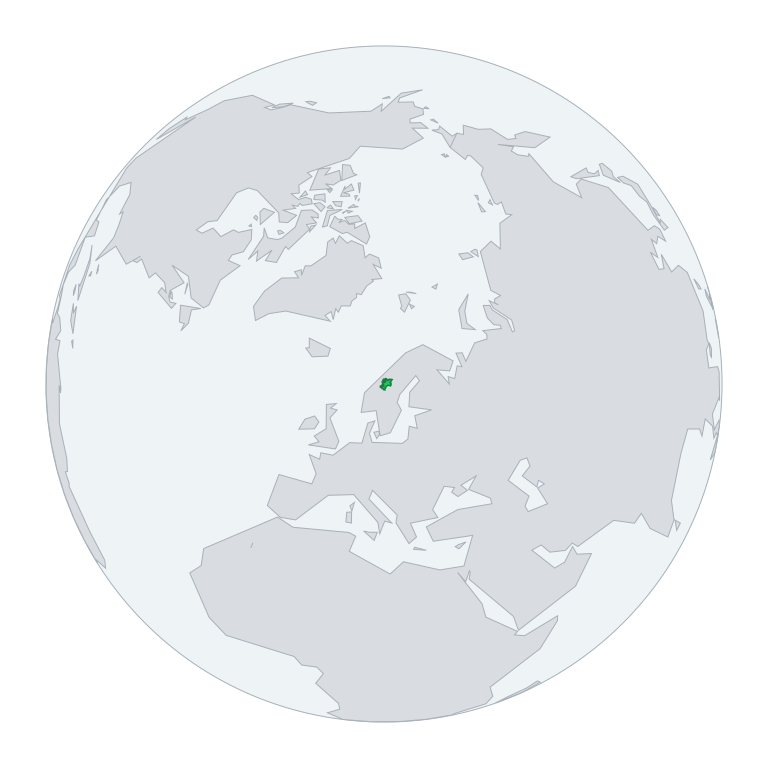 Nord-Trøndelag highlighted on a globe, orthographic projection, rotated 10°
{"feature_id": "NOR-925", "entity_name": "Nord-Trøndelag", "entity_type": "County", "adm_level": 1, "iso_a3": "NOR", "parent_name": "Norway", "parent_adm1": "", "projection": "orthographic", "projection_center": [11.396, 64.165], "detail": "fine", "context": "on_globe", "style": "filled", "palette": "green", "viewbox_px": 768, "rotation_deg": 10, "n_neighbors": 0, "source": "natural_earth", "source_scale": "10m", "svg_char_len": 14528}
<svg xmlns="http://www.w3.org/2000/svg" viewBox="0 0 768 768"><g transform="rotate(10 384 384)"><circle cx="384" cy="384" r="338" fill="#eef3f6" stroke="#a8b0b8"/><path d="M46.2,376.8L47.0,381.9L49.6,364.9L50.2,356.1L49.0,353.5L53.7,321.8L59.1,304.4L93.0,216.2L100.7,204.5L107.4,197.8L152.2,153.8L117.3,182.7L128.3,169.6L143.4,155.5L142.6,158.2L162.9,144.3L177.4,132.8L204.3,122.5L227.7,128.2L218.5,132.3L225.2,133.7L237.2,128.7L243.5,125.2L282.9,126.6L323.8,117.6L333.7,108.4L333.9,115.9L350.6,94.5L370.9,87.6L349.8,99.5L349.0,104.1L363.7,101.1L366.1,105.2L374.5,106.3L376.1,111.6L363.6,118.7L364.4,122.4L374.7,120.2L382.8,124.5L367.5,127.1L380.0,135.0L361.5,149.4L319.3,153.9L310.7,167.9L271.8,189.1L277.0,192.2L265.6,202.9L267.4,210.6L259.6,212.8L267.7,217.2L274.5,213.8L280.3,214.6L282.0,219.0L272.4,222.4L270.1,220.7L268.2,224.0L262.7,223.9L266.4,226.4L254.6,230.3L268.6,233.1L261.2,241.8L252.7,242.6L250.6,233.8L225.7,215.5L216.5,214.4L205.6,221.3L191.3,252.0L182.3,254.8L172.4,264.9L178.6,267.1L188.6,260.1L197.8,267.2L209.0,258.3L214.3,260.0L227.0,254.8L228.2,265.1L222.5,278.2L212.0,283.2L209.2,289.3L221.7,292.5L204.7,310.2L197.8,336.6L193.0,340.4L179.1,332.7L172.7,311.9L154.7,303.8L169.5,319.0L157.3,329.0L156.7,335.0L159.1,340.5L165.0,340.7L161.5,346.4L145.6,333.0L148.5,327.6L153.5,331.8L150.4,322.3L139.6,314.2L134.3,320.3L123.6,302.9L119.7,307.3L115.2,306.2L122.1,300.3L109.4,310.8L96.0,294.8L78.4,312.8L92.3,287.1L95.2,273.9L97.2,259.9L94.1,262.5L100.8,241.6L99.9,229.4L89.2,235.0L78.6,250.9L72.2,272.6L75.1,273.8L73.1,288.4L64.3,291.3L59.2,320.6L53.8,328.6L50.9,342.1L50.9,354.3L50.1,371.2L53.1,374.9L56.4,387.7L52.7,396.9L57.4,397.7L57.3,411.1L66.0,442.6L64.4,442.2L71.2,479.3L84.5,512.3L87.5,525.2L85.4,525.8L91.3,536.6L91.5,539.3L120.3,581.0L139.5,605.9L141.8,613.7L131.6,607.4L132.7,609.9L116.4,590.3L101.6,569.6L88.4,547.8L76.9,525.1L67.2,501.6L59.2,477.4L53.1,452.7L48.9,427.6L46.6,402.3L46.2,376.8ZM73.4,316.4L68.0,355.0L66.2,338.2L67.4,340.2L69.8,329.2L72.6,311.7L72.4,297.8L73.4,316.4ZM81.8,321.8L82.4,315.8L82.5,321.1L81.8,321.8ZM245.9,123.1L237.2,128.3L225.4,131.4L232.4,126.6L245.9,123.1ZM268.6,118.8L265.2,122.0L258.1,119.6L262.2,118.4L268.6,118.8ZM340.2,101.1L332.7,103.3L339.2,99.8L340.2,101.1ZM375.4,105.6L376.8,103.7L380.6,105.1L375.4,105.6ZM225.5,249.6L226.2,252.1L223.5,251.8L225.5,249.6ZM230.3,245.0L226.7,242.7L228.4,240.2L230.6,241.7L230.3,245.0ZM386.5,114.6L392.1,117.7L384.2,115.8L386.5,114.6ZM234.5,248.4L232.0,236.1L235.1,231.9L246.3,233.9L234.5,248.4ZM394.0,120.3L408.0,128.1L412.2,124.5L408.0,139.5L397.6,127.7L387.1,125.7L393.6,123.9L394.0,120.3ZM275.9,210.8L268.8,214.6L273.1,207.5L275.9,210.8ZM277.3,206.0L282.4,183.6L293.7,180.4L289.7,188.4L303.1,181.4L306.1,190.9L299.4,196.9L291.5,197.0L298.7,200.6L277.3,206.0ZM403.4,146.8L404.9,149.9L400.9,148.1L403.4,146.8ZM282.9,214.5L283.0,210.1L292.8,207.0L294.5,215.2L290.8,213.6L282.9,214.5ZM305.1,175.1L312.7,174.5L317.3,181.9L320.8,182.7L307.1,190.9L305.1,175.1ZM289.4,216.5L295.2,219.6L292.1,225.1L283.6,218.6L289.4,216.5ZM294.6,202.7L299.3,201.7L297.3,205.0L294.6,202.7ZM284.3,247.0L284.1,241.5L289.2,239.3L284.3,247.0ZM297.5,220.4L298.5,218.5L300.5,217.1L303.6,220.2L297.5,220.4ZM311.3,195.7L311.6,199.0L317.1,192.7L320.7,198.2L310.9,202.8L316.7,203.1L317.8,204.9L308.6,206.7L311.3,195.7ZM312.6,219.4L301.4,227.5L300.7,238.0L296.1,240.1L298.2,222.9L312.6,219.4ZM311.1,211.7L311.0,216.9L305.4,216.8L301.9,213.2L311.1,211.7ZM326.7,200.4L323.7,190.7L325.9,190.1L326.7,200.4ZM313.5,222.4L316.2,220.4L314.1,223.2L313.5,222.4ZM323.9,207.1L322.5,203.7L325.1,203.1L323.9,207.1ZM322.7,219.4L319.1,221.9L316.6,219.5L322.7,219.4ZM324.2,213.8L328.1,213.8L317.9,217.1L323.1,212.4L324.2,213.8ZM326.6,207.1L327.7,205.6L326.8,208.6L326.6,207.1ZM334.1,227.4L322.0,232.2L316.5,226.7L329.1,222.7L334.1,227.4ZM721.4,366.0L721.5,376.9L719.7,374.3L718.3,380.1L714.9,368.5L706.4,362.6L706.2,380.0L702.5,373.5L690.9,375.6L688.5,400.5L687.3,448.8L693.2,467.4L690.1,485.4L671.2,480.1L659.9,466.7L654.8,477.6L633.9,478.4L603.0,510.4L597.0,507.9L591.5,516.4L576.5,520.8L566.8,515.2L558.4,522.0L584.0,535.6L592.8,528.1L597.9,511.3L603.6,518.1L617.8,514.9L607.7,549.8L559.2,603.2L551.9,590.4L501.6,561.4L501.7,554.8L501.4,554.2L500.6,553.2L498.7,564.5L489.2,556.9L518.7,583.4L524.8,595.9L558.5,604.5L556.0,608.4L566.1,607.5L595.2,582.1L595.9,587.0L583.7,617.5L541.1,664.1L545.4,672.6L539.9,681.2L510.2,696.5L509.8,697.6L483.6,706.9L456.7,714.0L429.4,718.9L401.7,721.5L385.4,717.6L396.9,711.9L394.7,706.5L368.7,690.6L374.6,679.7L367.0,674.5L351.7,675.0L342.7,667.9L333.2,666.8L272.2,658.9L252.3,644.2L225.5,603.8L235.5,594.5L235.0,577.4L302.3,533.5L319.2,540.9L375.2,536.3L382.6,538.8L378.8,554.8L423.1,570.1L434.0,555.7L471.3,557.4L494.3,549.4L497.6,517.7L459.8,530.3L450.5,517.4L478.5,494.8L511.1,483.2L508.5,477.9L485.6,473.1L490.7,458.5L477.4,470.3L484.6,474.3L476.4,482.0L469.4,478.8L471.4,473.7L461.0,474.3L453.7,499.3L460.2,506.1L434.2,516.5L442.6,529.0L436.3,536.8L419.9,518.7L419.7,510.7L391.2,490.7L389.1,499.9L415.8,519.6L408.5,518.9L405.8,532.3L402.1,521.5L373.4,498.2L348.4,503.3L320.5,533.2L305.1,533.3L290.2,523.9L296.3,491.4L330.2,494.9L332.8,484.2L322.6,466.4L333.7,469.3L333.7,462.7L346.2,463.0L360.4,447.7L372.5,446.1L374.9,425.3L381.4,421.9L378.2,435.0L382.4,443.6L412.3,439.3L417.1,434.1L416.2,421.2L424.5,421.9L419.8,409.9L435.4,401.2L412.5,402.1L410.8,387.6L418.4,374.6L413.8,370.2L401.4,391.5L400.2,399.9L405.7,406.8L398.7,430.9L389.2,435.7L380.9,411.6L366.4,416.0L366.3,396.0L399.8,349.7L415.4,338.5L448.1,349.3L446.4,359.7L433.7,360.8L448.4,372.7L445.8,365.5L452.7,366.4L452.9,353.4L457.8,353.4L449.5,341.1L455.6,339.7L460.7,347.5L466.1,327.8L477.7,321.7L476.6,317.3L472.1,314.3L489.9,309.0L488.2,306.0L481.8,306.5L474.3,301.0L468.1,289.4L474.6,288.2L477.7,292.2L494.1,299.1L501.4,310.4L503.4,308.8L498.6,298.8L478.7,290.3L473.1,283.7L482.9,286.2L478.9,284.8L478.2,281.1L483.5,276.6L472.9,273.2L455.9,236.8L464.6,224.8L475.2,230.8L470.2,205.6L480.4,195.1L474.4,195.4L468.0,184.3L464.7,187.4L461.4,186.8L443.3,160.7L444.2,154.0L429.6,144.2L426.5,144.5L425.1,148.8L408.0,139.5L412.2,124.5L419.0,124.4L417.1,115.4L432.8,116.8L444.9,114.2L463.3,121.7L471.2,119.3L469.5,116.1L479.1,110.9L504.7,112.0L491.5,125.1L454.5,128.3L470.3,127.9L468.9,132.4L475.9,135.1L486.8,134.7L486.7,132.0L515.6,155.5L546.3,166.2L538.7,153.8L542.6,147.9L570.9,151.6L617.2,186.8L622.8,181.2L628.8,183.7L636.5,194.4L628.0,191.0L628.2,198.4L622.2,195.1L631.7,211.9L623.5,208.0L634.9,223.4L639.8,221.8L634.5,208.1L647.9,223.7L653.3,216.0L663.3,221.4L685.6,256.8L694.4,284.1L696.9,288.0L695.5,294.5L701.1,311.8L709.5,308.9L711.9,313.8L717.4,342.2L716.2,339.4L712.6,356.6L717.3,371.7L720.2,361.5L721.4,365.6L721.4,366.0ZM282.4,563.2L281.3,568.6L282.4,563.2ZM548.1,484.6L565.9,473.5L553.4,459.8L559.2,454.5L552.8,452.0L552.4,458.9L536.1,450.5L542.1,439.4L537.6,432.0L531.4,435.4L523.0,457.3L546.3,469.2L544.1,479.8L548.1,484.6ZM66.4,443.5L67.0,449.0L65.3,444.0L66.4,443.5ZM63.5,339.3L63.5,346.1L62.7,350.9L62.2,346.3L63.5,339.3ZM70.0,394.7L71.3,403.0L68.9,395.9L70.0,394.7ZM67.7,360.8L68.9,388.5L64.4,375.8L64.1,358.5L65.8,368.3L67.7,360.8ZM76.7,323.7L76.2,328.5L74.6,328.8L76.7,323.7ZM81.9,325.7L81.7,324.2L83.0,320.9L81.9,325.7ZM158.3,329.8L159.5,331.0L160.8,337.1L157.9,335.4L158.3,329.8ZM180.8,358.2L174.7,366.9L177.0,359.3L171.7,358.4L170.0,341.7L190.5,341.5L181.5,344.4L180.8,358.2ZM173.5,320.0L172.2,330.2L172.8,319.1L173.5,320.0ZM321.2,427.6L326.5,432.7L323.3,440.2L307.9,443.3L312.3,432.3L321.2,427.6ZM334.8,438.1L330.8,414.1L340.3,411.6L335.6,417.0L342.3,417.7L336.6,426.7L349.5,448.3L347.5,456.4L320.1,457.1L330.1,452.2L324.3,447.4L334.8,438.1ZM304.1,361.2L302.5,351.8L325.0,358.3L323.9,366.3L308.5,369.7L300.7,362.2L304.1,361.2ZM254.6,254.9L252.6,251.7L255.2,250.6L259.1,252.5L254.6,254.9ZM283.8,244.6L266.4,268.1L263.2,265.6L256.9,283.0L245.8,283.1L250.3,271.7L237.1,285.1L236.7,274.9L228.7,284.9L239.8,259.4L238.9,251.1L244.1,260.3L254.2,260.3L258.3,257.9L269.4,244.8L272.5,227.4L283.0,225.1L289.6,228.1L290.5,231.9L283.4,232.1L289.6,237.1L280.0,240.4L283.8,244.6ZM361.2,270.5L352.6,268.1L363.5,280.6L353.9,283.2L355.8,284.5L350.0,290.4L346.1,299.9L341.3,299.7L341.9,303.5L338.0,307.7L337.2,313.0L328.4,314.5L326.6,321.2L323.4,318.2L322.8,329.4L319.3,321.8L314.0,326.8L320.2,331.5L274.6,329.2L258.2,334.8L246.4,343.8L242.0,330.2L250.2,313.3L264.9,297.4L281.4,294.3L276.4,288.9L282.8,285.9L284.0,291.4L285.9,281.3L291.5,280.3L304.6,267.5L303.9,253.9L308.6,249.1L311.7,253.9L314.3,245.8L323.4,251.7L327.0,248.5L339.5,251.4L343.4,263.0L347.2,258.5L356.9,260.8L361.2,270.5ZM337.6,228.6L344.4,241.4L342.5,249.2L321.4,241.0L316.9,243.1L303.3,238.5L306.4,227.4L310.0,229.7L314.2,229.3L311.5,232.9L316.8,229.8L321.9,232.9L327.4,231.4L328.1,235.9L337.6,228.6ZM389.5,532.3L394.9,532.6L403.1,531.2L401.5,539.8L389.5,532.3ZM369.6,516.8L374.3,515.6L376.1,526.6L370.4,526.5L369.6,516.8ZM375.4,505.8L374.4,514.7L371.6,509.8L375.4,505.8ZM382.4,433.3L387.2,431.3L388.3,434.2L386.4,439.0L382.4,433.3ZM391.7,309.7L387.0,306.7L388.1,304.6L383.0,293.8L389.7,291.3L395.4,296.8L391.7,309.7ZM492.1,525.3L486.4,533.3L482.4,531.8L485.2,529.3L492.1,525.3ZM442.5,539.4L454.6,540.4L441.9,541.7L442.5,539.4ZM398.1,305.1L395.3,300.9L400.4,302.3L398.1,305.1ZM394.3,288.9L400.1,289.4L389.9,289.7L394.3,288.9ZM549.3,678.7L561.0,669.9L577.6,658.3L586.6,649.8L589.6,650.5L574.1,663.4L549.3,678.7ZM721.8,393.9L718.5,402.1L719.7,391.2L721.8,373.4L721.8,393.9ZM694.3,467.5L700.0,469.5L697.7,477.3L694.3,467.5ZM699.4,263.2L705.7,280.7L698.9,262.3L699.4,263.2ZM693.3,249.7L694.6,251.8L694.9,253.8L693.3,249.7ZM700.2,292.0L701.9,300.8L700.3,299.0L697.1,286.8L700.2,292.0ZM670.9,226.6L677.2,232.1L679.7,235.4L677.4,235.7L670.9,226.6ZM451.3,280.6L450.9,298.2L455.1,309.9L464.4,314.6L451.2,315.8L444.7,297.8L451.3,280.6ZM454.7,242.2L446.5,238.6L450.0,235.5L452.3,235.8L454.7,242.2ZM449.8,243.3L439.8,247.9L435.2,242.9L443.9,240.2L449.8,243.3ZM419.2,276.3L418.6,281.6L414.5,280.2L419.2,276.3ZM694.2,250.0L689.8,240.3L690.7,242.1L694.2,250.0ZM695.1,252.0L693.8,249.5L691.5,244.1L695.1,252.0ZM688.1,236.7L685.7,232.1L686.0,232.5L688.1,236.7ZM690.3,244.6L688.4,237.5L693.8,251.5L686.4,241.8L683.5,234.7L690.3,244.6ZM626.1,170.3L622.6,169.8L617.9,163.4L621.7,165.5L626.1,170.3ZM599.2,143.2L615.5,161.5L627.9,177.2L627.5,173.8L636.5,180.6L633.4,183.8L619.5,170.2L611.2,159.0L603.3,154.9L593.1,145.7L584.9,144.4L578.3,140.0L583.2,137.9L599.2,143.2ZM581.7,144.5L563.7,140.3L557.9,130.2L560.6,128.8L571.3,134.8L573.7,139.8L581.7,144.5ZM557.7,136.5L559.9,141.4L538.0,148.4L532.0,147.5L545.5,136.1L548.3,140.2L554.7,140.5L557.7,136.5ZM408.0,148.6L405.2,149.8L405.9,147.0L408.0,148.6ZM459.7,188.8L455.3,187.4L456.3,184.0L459.7,188.8ZM443.5,182.1L445.4,186.9L440.7,182.3L443.5,182.1ZM450.3,197.6L444.9,189.0L453.9,196.6L450.3,197.6Z" fill="#d9dde1" stroke="#a8b0b8" stroke-width="1"/><path d="M391.3,378.2L391.2,378.4L390.9,379.0L389.7,381.4L390.5,381.9L390.8,382.0L391.1,383.6L391.1,383.8L390.7,384.7L390.6,384.8L388.7,384.4L388.1,384.6L387.5,385.0L387.3,385.2L386.8,386.1L386.3,387.0L386.0,387.3L386.2,387.9L386.2,388.1L385.6,389.2L385.8,389.7L384.7,389.7L384.2,388.9L382.9,388.8L382.7,388.7L382.6,388.2L382.4,388.0L382.3,387.8L382.4,387.7L382.5,387.6L382.8,387.6L382.6,387.5L382.6,387.4L382.8,387.3L382.6,387.3L382.4,387.5L382.1,387.6L382.2,387.4L382.3,387.2L382.6,387.0L382.7,386.8L383.1,386.6L383.3,386.7L383.6,386.4L383.8,386.2L384.2,386.2L384.1,385.9L383.9,385.9L383.7,385.8L383.3,385.9L383.2,385.8L383.2,385.7L383.4,385.5L383.5,385.4L383.8,385.2L384.1,385.1L384.2,384.9L384.3,384.8L384.2,384.9L383.9,384.8L383.7,384.8L383.6,384.7L383.9,384.4L383.6,384.5L383.5,384.8L383.4,384.9L382.9,385.3L382.6,385.6L382.2,385.8L381.9,386.0L382.0,386.0L382.2,385.9L382.4,385.8L382.7,385.6L382.8,385.6L383.1,385.8L383.0,386.1L382.9,386.1L382.9,386.3L382.7,386.6L382.3,386.8L382.1,386.8L381.9,387.1L381.7,387.2L381.4,387.4L381.2,387.5L380.9,387.6L380.8,387.4L380.9,387.1L381.0,387.0L381.6,386.5L381.7,386.4L381.7,386.1L381.9,385.8L382.0,385.6L382.4,385.2L382.5,385.1L382.5,384.9L382.5,384.7L382.8,384.3L382.7,384.2L382.6,383.8L382.8,383.7L382.9,383.2L382.7,383.2L382.2,382.7L381.9,382.4L382.0,382.3L382.1,382.5L382.3,382.5L382.5,382.8L382.6,382.7L382.4,382.5L382.5,382.5L382.5,382.4L382.4,382.3L382.2,382.4L382.2,382.2L382.4,382.2L382.5,382.1L382.6,381.9L382.6,382.0L382.8,382.1L382.8,381.9L382.9,382.0L382.9,381.9L382.9,381.7L382.9,381.4L383.2,381.6L383.2,381.9L383.3,381.9L383.4,382.1L383.4,382.3L383.5,382.4L383.9,382.4L383.8,382.6L383.7,382.8L383.6,383.1L383.8,382.8L384.0,382.6L383.9,382.5L384.0,382.3L384.3,382.2L384.6,382.2L384.1,382.2L384.2,381.9L384.4,381.9L384.3,381.7L384.5,381.7L384.4,381.8L384.7,381.6L384.9,381.5L385.0,381.4L384.7,381.5L384.6,381.4L384.4,381.4L384.4,381.5L384.5,381.4L384.5,381.6L384.4,381.6L384.1,381.3L384.1,381.2L384.0,380.9L384.2,380.7L384.3,380.6L384.5,380.6L384.4,380.4L385.0,380.3L385.1,380.2L384.9,380.2L384.6,380.1L385.0,380.0L385.0,379.9L384.7,380.0L384.8,379.9L385.0,379.7L385.3,379.5L385.5,379.5L385.7,379.3L386.1,379.4L385.9,379.2L385.6,379.2L385.5,379.3L385.3,379.4L384.9,379.7L384.6,379.8L384.6,380.0L384.4,380.1L384.2,380.2L384.1,380.4L384.0,380.5L383.7,380.6L383.9,380.4L384.1,380.2L383.9,380.2L383.6,380.2L384.3,379.9L384.7,379.7L384.8,379.6L384.7,379.6L383.6,379.9L384.0,379.5L384.3,379.7L384.5,379.6L384.3,379.6L384.2,379.5L384.2,379.4L384.4,379.3L384.6,379.4L384.8,379.3L384.9,379.2L385.1,379.2L385.2,378.8L385.4,378.7L385.5,378.7L385.5,378.9L385.6,378.7L385.7,378.8L385.9,378.9L385.9,379.0L386.0,379.1L386.6,379.1L386.9,379.2L387.1,379.3L387.4,379.3L387.5,379.2L387.8,379.1L387.8,378.9L388.1,378.7L388.3,378.4L388.8,378.4L389.4,378.3L389.6,378.4L391.0,378.1L391.3,378.2ZM383.7,381.7L383.8,381.8L384.1,381.8L384.1,382.0L383.8,382.1L383.7,381.9L383.5,382.0L383.3,381.7L383.6,381.6L383.2,381.5L383.1,381.4L383.1,381.2L383.4,381.2L383.6,381.4L383.7,381.5L383.7,381.7ZM383.2,379.7L382.8,379.9L382.6,380.0L382.6,379.9L383.3,379.3L383.5,379.5L383.4,380.0L383.2,380.0L383.2,379.9L383.1,380.0L383.1,379.9L383.2,379.7L383.2,379.7ZM382.6,379.8L382.4,379.9L382.4,379.6L382.5,379.5L382.9,379.3L383.1,379.2L383.3,379.2L382.9,379.5L382.6,379.8ZM384.9,378.4L384.9,378.5L384.7,378.6L384.8,378.7L384.7,378.8L384.6,378.7L384.5,378.8L384.4,378.8L384.3,378.7L384.5,378.4L384.8,378.4L384.9,378.4ZM383.9,381.0L383.9,381.3L383.7,381.4L383.6,381.2L383.4,381.2L383.5,381.1L383.4,381.1L383.5,381.0L383.8,380.9L383.8,381.0L383.9,381.0ZM384.2,381.5L384.1,381.8L383.9,381.6L383.9,381.3L383.9,381.2L384.0,381.4L384.1,381.5L384.2,381.5Z" fill="#22c55e" stroke="#15803d" stroke-width="1.5"/></g></svg>